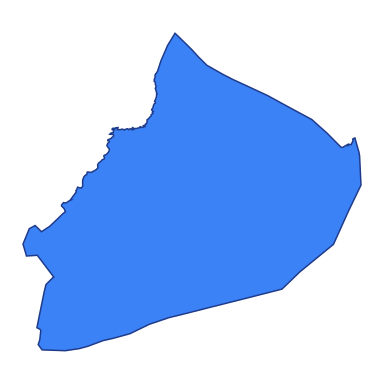 San Cristóbal Amoltepec, Oaxaca, Mexico (Albers equal-area conic projection)
{"feature_id": "50627088B93065447569005", "entity_name": "San Cristóbal Amoltepec", "entity_type": "district", "adm_level": 2, "iso_a3": "MEX", "parent_name": "Mexico", "parent_adm1": "Oaxaca", "projection": "albers", "projection_center": [-97.593, 17.286], "detail": "fine", "context": "isolated", "style": "filled", "palette": "blue", "viewbox_px": 384, "rotation_deg": 0, "n_neighbors": 0, "source": "geoboundaries", "source_scale": "gbopen_adm2", "svg_char_len": 3545}
<svg xmlns="http://www.w3.org/2000/svg" viewBox="0 0 384 384"><path d="M359.0,152.3L355.5,140.1L355.1,138.1L354.4,138.0L352.7,139.1L353.0,140.9L351.1,144.6L349.4,144.4L348.0,145.5L348.0,144.3L342.6,147.4L341.0,147.2L326.9,133.0L320.0,126.9L311.8,119.5L292.6,109.2L267.5,95.5L256.5,90.4L238.2,81.9L233.3,79.7L222.8,74.3L206.9,65.3L205.6,64.0L198.5,57.0L191.8,49.6L177.7,35.8L175.0,33.3L167.6,45.4L161.0,60.6L158.5,68.3L158.2,69.0L157.5,71.6L156.9,72.1L156.2,73.6L155.7,73.7L155.0,75.3L155.1,77.6L154.6,78.3L154.3,79.4L154.2,81.4L155.4,82.2L155.3,83.4L155.4,84.7L156.0,86.1L155.9,86.8L155.9,87.4L155.3,88.2L155.5,89.1L156.0,90.1L155.9,90.8L156.4,91.9L157.1,93.8L156.5,94.0L156.6,95.6L156.1,97.8L155.6,99.1L154.7,101.2L155.0,101.2L155.3,102.1L155.3,103.2L155.2,103.3L154.4,103.6L153.8,104.7L153.3,105.8L153.1,107.3L152.5,108.5L151.7,109.4L151.7,110.0L153.3,111.6L152.4,112.1L152.3,112.7L152.9,113.5L151.1,114.8L151.1,115.9L150.4,116.7L149.7,117.2L148.4,118.9L147.1,119.7L147.0,120.9L147.2,121.3L146.8,122.8L146.6,123.5L146.2,124.0L145.7,123.9L145.1,124.6L144.9,125.5L145.1,125.9L145.1,126.4L145.0,126.7L143.9,126.2L143.6,125.6L143.3,125.6L143.3,125.9L143.4,126.5L143.4,126.9L142.7,127.4L141.0,127.1L140.4,126.7L140.1,126.7L140.0,126.9L140.1,127.5L138.2,128.0L137.8,128.1L137.0,128.4L135.7,128.5L134.9,128.4L133.9,129.2L133.0,127.6L132.6,127.6L132.7,128.0L133.2,129.0L133.0,129.5L132.6,129.9L131.9,129.6L131.1,128.6L129.7,129.0L129.1,129.7L128.4,129.4L128.1,129.0L127.7,128.7L124.8,129.5L124.4,129.9L124.3,130.0L122.8,129.3L122.3,129.1L121.5,129.2L120.7,129.7L120.0,129.6L117.4,129.7L117.3,129.2L117.8,128.4L118.0,127.7L117.3,127.8L117.4,127.6L115.9,127.8L115.4,127.9L115.0,128.2L114.9,128.4L113.3,128.4L114.2,129.5L113.8,129.5L113.1,128.3L112.2,128.8L112.1,129.3L112.2,129.7L113.1,129.7L113.6,130.5L113.4,131.2L113.4,132.6L112.8,132.7L112.6,132.7L111.5,132.9L111.3,133.1L110.5,133.4L109.7,134.2L110.1,134.3L110.9,134.3L111.9,134.4L113.4,134.7L113.6,135.1L113.7,135.9L113.0,136.8L112.2,137.2L111.5,137.9L111.3,138.3L110.0,138.9L108.9,139.3L108.2,139.6L107.7,140.2L107.8,140.7L108.6,140.6L109.0,140.9L109.2,141.3L109.3,141.9L109.0,142.4L108.2,142.8L107.7,143.5L107.0,145.1L106.9,145.5L107.0,145.8L107.6,146.8L108.2,147.7L108.9,148.3L109.2,148.7L109.3,149.7L108.9,151.3L108.3,152.4L106.9,153.9L106.1,154.5L105.5,154.9L104.4,155.2L103.9,155.7L103.8,156.0L104.1,156.8L104.5,158.3L104.1,158.8L103.6,159.3L102.2,159.7L101.5,160.7L99.2,162.6L98.8,162.9L98.4,163.4L98.1,163.8L97.8,164.6L97.6,165.1L97.9,167.8L97.2,168.6L96.5,169.3L95.5,170.1L93.6,171.1L92.8,171.5L92.4,171.9L91.8,172.0L90.7,172.4L88.9,172.1L87.7,172.0L87.2,172.1L87.1,172.3L86.9,174.2L86.4,174.8L85.7,174.9L84.7,175.9L83.8,177.0L82.7,179.9L82.6,182.5L82.7,186.0L81.5,187.9L79.5,187.8L78.3,187.3L77.6,187.2L77.2,188.1L77.0,189.2L75.9,190.6L76.0,191.1L76.4,191.8L73.6,195.5L70.8,199.3L71.7,199.7L69.7,200.5L67.3,202.1L65.5,203.0L64.0,202.7L63.5,202.6L61.5,205.0L61.6,206.1L63.2,207.7L64.2,208.7L64.5,209.7L65.4,211.8L63.2,213.4L54.8,221.5L49.6,226.4L41.5,231.7L37.2,227.5L35.1,225.5L29.3,228.7L23.0,244.1L26.5,256.0L37.3,255.3L53.8,277.1L52.7,277.8L46.0,284.5L44.1,292.2L36.9,327.7L39.7,329.1L40.8,330.3L39.8,339.6L38.2,344.6L42.1,349.9L48.3,350.1L60.0,350.5L65.2,350.7L78.9,348.7L87.8,346.3L102.8,340.7L113.3,338.3L130.2,333.6L149.0,324.4L168.7,317.7L185.8,313.5L207.8,307.9L258.1,295.2L282.0,289.1L287.3,284.0L299.7,272.0L310.9,262.8L333.5,244.3L337.7,235.0L347.7,212.8L351.7,204.4L361.0,185.1L360.6,177.1L359.6,156.0L359.0,152.3Z" fill="#3b82f6" stroke="#1e3a8a" stroke-width="1.5"/></svg>